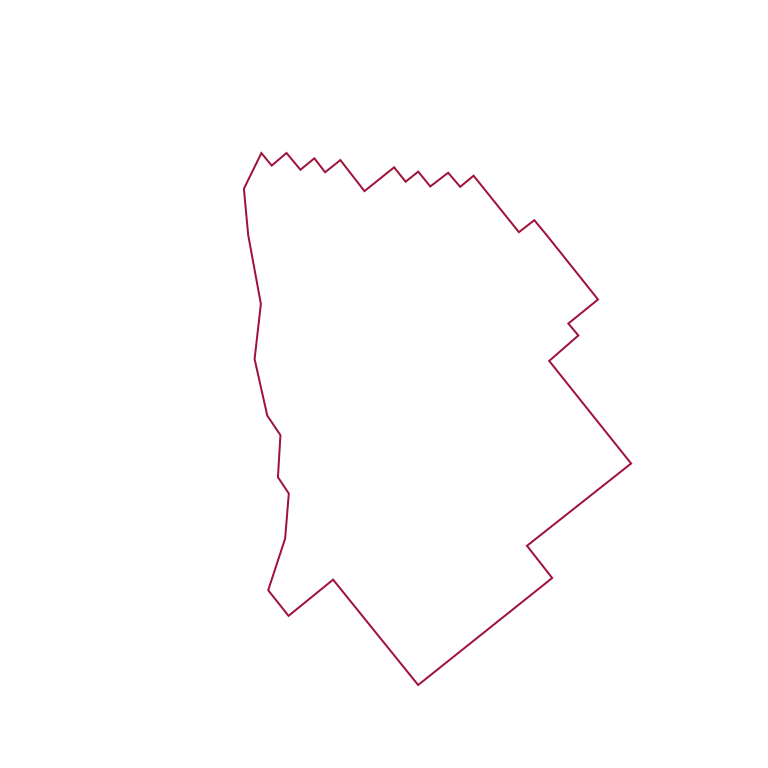 Bacon, Georgia, United States of America, rotated 231°
{"feature_id": "52423323B99380284594024", "entity_name": "Bacon", "entity_type": "district", "adm_level": 2, "iso_a3": "USA", "parent_name": "United States of America", "parent_adm1": "Georgia", "projection": "mercator", "projection_center": [-82.395, 31.564], "detail": "fine", "context": "isolated", "style": "outline", "palette": "rose", "viewbox_px": 768, "rotation_deg": 231, "n_neighbors": 0, "source": "geoboundaries", "source_scale": "gbopen_adm2", "svg_char_len": 634}
<svg xmlns="http://www.w3.org/2000/svg" viewBox="0 0 768 768"><g transform="rotate(231 384 384)"><path d="M166.7,526.0L298.0,526.9L299.4,565.6L315.0,565.3L315.0,603.5L397.0,604.1L416.7,603.9L417.1,584.4L489.5,584.7L489.3,567.3L507.8,566.8L508.4,544.3L527.5,544.2L527.6,528.1L546.0,528.2L546.2,490.2L585.5,491.0L585.6,471.5L603.2,471.9L603.1,453.9L624.9,453.6L624.4,434.2L640.6,434.0L623.9,398.0L585.4,372.3L523.7,338.7L484.8,299.1L432.9,273.4L409.4,271.3L378.3,242.9L358.8,241.1L326.1,209.9L296.6,164.2L263.9,163.9L264.0,221.3L128.6,221.1L127.4,392.6L168.3,393.3L166.7,526.0Z" fill="none" stroke="#9f1239" stroke-width="2"/></g></svg>